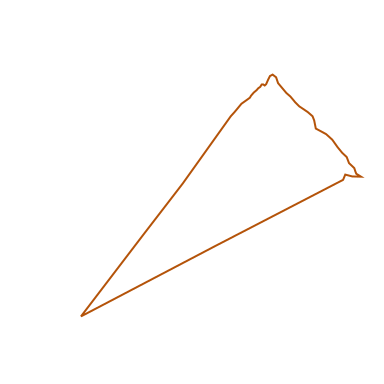 the district of Al Burgaig, Northern, Sudan, rotated 152°
{"feature_id": "16777658B75799368386758", "entity_name": "Al Burgaig", "entity_type": "district", "adm_level": 2, "iso_a3": "SDN", "parent_name": "Sudan", "parent_adm1": "Northern", "projection": "albers", "projection_center": [30.508, 19.556], "detail": "fine", "context": "isolated", "style": "outline", "palette": "amber", "viewbox_px": 384, "rotation_deg": 152, "n_neighbors": 0, "source": "geoboundaries", "source_scale": "gbopen_adm2", "svg_char_len": 703}
<svg xmlns="http://www.w3.org/2000/svg" viewBox="0 0 384 384"><g transform="rotate(152 192 192)"><path d="M348.4,134.3L334.2,134.2L197.0,133.4L52.9,131.8L48.5,135.4L43.2,130.5L35.6,126.2L38.4,131.0L38.1,133.5L37.5,136.9L39.8,143.8L39.0,150.2L41.0,156.1L42.4,163.1L43.6,172.3L46.4,180.1L52.9,189.9L50.5,197.9L50.0,202.3L52.3,208.3L57.1,217.3L58.8,222.9L59.2,225.0L60.3,230.1L62.2,235.1L63.2,239.8L64.9,247.7L63.9,253.8L65.7,257.8L68.7,257.8L72.1,255.4L75.9,252.4L77.8,251.9L78.7,253.6L80.0,254.2L82.4,252.8L84.8,252.5L87.1,251.6L90.8,250.8L94.7,249.3L96.6,248.1L99.3,247.7L106.9,246.7L116.9,242.6L122.2,240.7L196.3,203.8L255.8,176.8L348.4,134.3Z" fill="none" stroke="#b45309" stroke-width="2"/></g></svg>